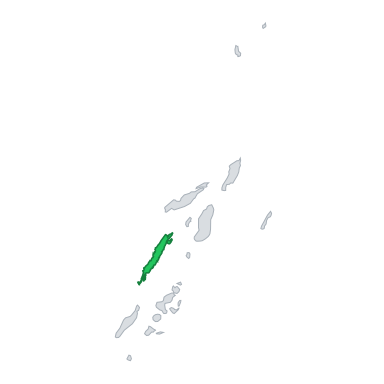 location of Isabel within Solomon Islands, rotated 269°
{"feature_id": "SLB-1264", "entity_name": "Isabel", "entity_type": "Province", "adm_level": 1, "iso_a3": "SLB", "parent_name": "Solomon Islands", "parent_adm1": "", "projection": "orthographic", "projection_center": [158.985, -7.976], "detail": "fine", "context": "in_parent", "style": "filled", "palette": "green", "viewbox_px": 384, "rotation_deg": 269, "n_neighbors": 0, "source": "natural_earth", "source_scale": "10m", "svg_char_len": 7436}
<svg xmlns="http://www.w3.org/2000/svg" viewBox="0 0 384 384"><g transform="rotate(269 192 192)"><path d="M147.0,193.5L153.6,198.4L156.4,197.9L165.1,198.1L170.2,201.6L173.2,203.2L174.8,206.3L176.9,207.0L178.2,208.6L178.9,211.5L175.7,213.0L173.8,213.5L168.8,212.4L164.0,210.2L154.5,209.9L150.0,209.2L148.5,208.4L147.1,207.3L144.9,204.5L143.1,201.4L142.8,199.5L142.7,195.9L143.2,194.7L145.1,193.4L147.0,193.5ZM177.1,164.5L184.5,173.5L184.2,175.2L183.1,176.2L182.8,179.2L183.8,180.4L185.8,180.9L189.2,184.2L190.7,189.4L192.1,191.2L192.2,195.0L195.4,200.3L195.7,202.8L195.4,204.0L194.0,203.3L190.1,197.3L185.7,194.7L185.2,193.6L180.7,190.1L177.6,184.2L174.4,173.8L176.0,171.3L172.3,166.2L172.5,164.9L175.1,165.1L175.6,164.5L177.1,164.5ZM150.0,168.9L150.9,171.8L146.9,169.2L143.9,166.1L135.1,162.7L133.3,161.0L131.7,160.8L127.2,158.0L122.8,156.0L119.4,152.6L117.8,152.0L115.0,149.3L112.4,147.5L111.4,144.2L108.8,142.0L108.2,141.0L116.5,142.8L120.4,146.4L123.7,148.4L124.8,149.9L127.8,151.9L130.4,152.1L133.1,154.1L135.5,154.6L137.5,155.7L149.8,164.8L148.3,167.2L150.0,168.9ZM205.6,227.6L209.3,229.4L211.5,229.1L214.7,230.4L217.2,229.7L218.7,231.3L222.5,237.5L222.5,239.5L225.1,240.9L222.9,241.2L219.9,240.4L217.6,240.9L215.2,239.7L211.2,239.1L207.6,237.6L200.2,233.0L200.3,230.7L199.1,229.6L198.8,226.7L196.1,225.8L193.0,225.7L192.8,224.3L193.4,221.9L195.7,222.0L198.5,223.0L205.6,227.6ZM78.9,134.6L79.9,135.6L77.5,137.5L74.5,136.5L73.7,134.9L71.6,135.3L67.3,134.4L61.3,130.1L55.0,121.9L49.0,117.4L47.8,116.0L47.7,113.7L48.5,112.8L52.2,113.7L57.1,117.5L65.1,121.3L67.3,123.3L68.7,128.0L70.0,129.4L74.4,133.1L78.9,134.6ZM87.3,162.2L89.2,164.7L91.4,170.2L91.0,172.1L89.5,172.3L89.0,173.5L86.9,170.8L84.1,170.1L82.1,168.4L81.1,163.1L79.5,162.7L74.9,163.3L73.5,165.0L71.4,164.5L70.9,162.9L71.2,161.4L74.0,159.8L74.6,157.8L77.4,154.4L79.1,153.9L82.3,155.1L82.8,159.9L83.9,161.5L87.3,162.2ZM171.3,270.2L169.3,271.2L167.4,270.7L165.9,269.9L164.8,267.5L162.3,266.1L158.7,265.5L156.8,264.0L154.3,263.5L153.6,262.2L153.8,260.9L154.3,260.2L156.6,260.9L167.6,267.1L171.3,270.2ZM54.9,152.7L54.4,153.1L53.4,151.5L52.6,150.9L52.6,149.1L49.6,146.2L49.3,144.1L51.1,142.1L53.4,143.2L55.8,145.8L58.6,146.6L58.0,148.2L55.5,151.3L54.9,152.7ZM70.1,157.4L68.9,158.7L65.6,158.5L63.1,155.4L63.1,153.1L65.0,150.9L67.4,150.6L68.7,151.4L69.9,153.1L70.4,155.4L70.1,157.4ZM97.7,175.6L94.8,178.0L92.6,177.2L90.8,175.2L91.7,172.0L93.5,171.4L94.4,170.3L97.6,171.1L98.4,171.7L96.5,173.3L97.6,174.5L97.7,175.6ZM336.8,240.4L331.9,241.0L329.9,243.1L327.4,242.8L326.6,241.0L326.6,240.2L328.0,240.3L328.7,238.6L330.2,237.7L333.6,237.4L337.7,238.4L336.7,240.0L336.8,240.4ZM200.8,204.4L200.9,208.8L198.7,206.4L197.6,207.2L196.6,206.1L196.9,201.0L195.3,196.1L196.6,196.6L200.8,204.4ZM76.1,176.6L76.1,177.0L74.5,176.2L70.8,172.1L71.4,170.7L74.8,168.0L75.8,167.7L76.8,169.3L75.9,171.8L74.8,172.4L74.4,174.7L76.1,176.6ZM159.5,185.1L162.1,185.5L166.7,189.5L165.6,190.8L163.5,190.1L162.7,190.4L162.1,189.0L159.7,187.8L157.6,187.7L157.4,186.3L159.5,185.1ZM130.1,188.9L126.6,188.5L125.6,187.5L126.8,186.0L128.4,185.0L129.8,185.9L131.3,186.1L131.5,188.0L130.1,188.9ZM29.3,127.7L26.3,128.5L24.4,127.5L25.2,125.2L26.2,124.0L30.0,126.1L29.3,127.7ZM145.1,170.3L143.7,170.7L141.6,169.5L140.7,168.5L141.1,166.9L142.4,166.4L143.8,167.4L143.9,168.5L145.1,170.3ZM359.6,268.3L357.0,268.8L356.0,268.6L354.3,266.0L355.6,265.4L357.5,265.7L358.0,267.2L359.6,268.3ZM83.8,177.9L83.8,179.0L82.0,178.7L78.2,177.1L78.1,176.3L80.2,176.1L81.8,176.3L83.8,177.9ZM52.7,157.9L52.1,161.0L50.5,157.2L50.8,154.1L51.4,153.8L52.7,157.9ZM102.1,179.0L99.8,179.9L99.1,178.7L100.8,175.4L102.1,179.0Z" fill="#d9dde1" stroke="#a8b0b8" stroke-width="1"/><path d="M150.3,170.4L151.2,171.1L151.5,171.6L151.1,171.9L150.9,171.9L149.9,171.3L149.4,171.3L149.1,171.1L149.1,170.9L148.4,170.5L148.1,170.0L147.5,169.8L147.3,169.6L146.8,169.0L145.9,168.3L145.6,168.0L145.5,167.7L145.6,167.4L145.5,167.2L145.1,167.1L144.7,166.9L143.3,165.7L140.8,165.2L139.8,164.5L139.0,164.2L138.3,163.6L137.9,163.4L137.3,163.2L136.9,163.4L135.9,162.8L135.4,162.6L134.9,162.8L134.6,162.1L134.3,161.7L133.9,161.5L133.5,161.5L133.1,161.3L132.9,161.1L132.8,160.7L132.2,160.9L131.5,160.8L130.9,160.4L128.1,158.4L127.9,158.3L127.4,158.4L127.1,158.2L127.1,157.9L127.1,157.7L126.8,157.5L126.7,157.6L126.4,157.8L125.6,157.3L125.4,157.3L125.0,157.4L124.8,157.3L124.7,156.8L124.6,156.7L124.2,156.6L123.8,156.3L123.8,155.9L123.6,156.0L122.9,156.3L122.9,155.7L122.6,155.2L122.2,154.9L121.6,154.8L119.8,154.0L119.7,152.8L119.4,152.3L118.9,152.5L118.0,152.2L117.6,152.0L117.8,151.5L117.5,151.1L117.2,150.9L116.6,151.3L116.3,150.9L115.9,149.8L115.6,149.4L115.1,149.1L114.6,148.9L114.1,149.0L113.8,148.5L112.5,147.8L112.0,147.4L111.9,146.9L111.9,146.6L111.9,146.3L112.0,146.0L112.0,144.8L109.6,142.8L108.1,142.0L107.8,141.5L107.8,141.0L108.0,140.6L108.5,140.7L109.1,141.1L112.1,142.1L112.3,142.2L112.6,142.2L112.9,141.9L113.2,141.6L113.6,141.7L113.8,141.6L114.1,141.5L114.3,142.1L114.7,142.5L115.9,143.0L116.0,142.8L116.2,142.6L116.5,142.4L117.0,142.5L117.2,142.8L117.3,143.1L117.5,143.5L118.1,144.1L118.4,144.3L118.7,144.4L118.9,144.6L119.4,145.5L119.9,145.8L120.4,146.5L120.6,146.7L121.0,147.0L122.1,147.3L122.6,147.7L123.5,148.5L124.2,148.8L123.9,149.4L124.1,149.9L124.6,150.2L125.0,150.1L126.2,150.6L126.6,150.8L126.8,151.2L126.9,151.6L127.1,151.9L127.5,151.7L128.3,152.4L129.0,152.0L129.5,151.9L130.1,152.0L130.8,152.1L130.4,152.3L130.5,152.6L130.8,152.9L131.1,153.0L131.6,153.0L131.9,153.2L132.0,153.4L132.2,153.8L132.7,153.4L133.0,153.7L133.2,154.2L133.6,154.4L134.5,154.5L134.9,154.4L135.1,154.0L135.7,154.3L135.9,154.4L136.1,154.6L136.6,154.3L136.9,154.6L137.2,155.3L137.5,155.8L138.0,156.2L138.8,156.6L139.2,156.9L139.3,157.0L139.6,157.1L139.8,157.5L141.2,158.7L144.0,160.3L149.8,164.7L149.9,165.0L149.3,165.7L148.7,166.6L148.4,166.7L148.2,166.6L147.8,166.5L147.5,166.5L147.2,166.7L147.3,166.9L147.7,167.2L148.0,167.8L148.3,167.8L148.5,167.6L148.8,167.3L149.1,167.6L150.0,168.9L150.2,169.3L150.3,169.8L150.3,170.4ZM145.2,170.3L145.5,170.6L145.5,170.8L145.2,171.1L144.9,171.2L144.6,171.3L144.3,171.2L143.9,171.1L143.6,170.9L143.4,170.7L142.9,170.3L142.6,169.7L142.3,169.6L141.9,169.9L141.5,169.4L141.0,169.1L140.7,168.8L140.6,168.0L140.9,167.2L141.3,166.7L141.9,166.4L142.7,166.3L143.6,166.5L143.8,167.0L143.7,168.4L143.9,169.1L144.3,169.5L145.2,170.3ZM109.0,143.0L109.5,143.2L109.9,143.6L110.2,144.1L110.1,144.4L109.7,144.5L109.2,144.2L108.9,143.8L108.7,143.4L108.4,143.8L107.8,143.7L106.6,143.0L106.7,143.3L107.1,144.0L106.8,144.0L106.0,143.8L105.3,143.8L105.3,143.6L105.2,143.2L104.9,142.8L104.3,142.6L104.1,142.5L104.0,142.3L103.9,142.1L104.0,142.0L104.3,142.0L104.8,142.1L105.0,142.1L105.3,142.3L105.5,142.2L105.3,141.9L105.3,141.7L105.5,141.5L105.8,141.5L106.0,141.7L106.4,141.9L107.1,142.1L107.5,142.5L108.0,142.8L108.5,142.9L109.0,143.0ZM105.4,141.1L105.1,140.8L104.9,140.5L104.5,140.2L103.6,140.0L103.0,139.5L102.6,139.5L102.4,139.3L102.3,138.9L102.5,138.6L103.0,138.8L103.3,138.9L103.6,139.1L103.7,139.5L104.1,139.3L104.5,139.5L105.2,140.1L105.6,139.8L106.2,139.8L106.9,140.1L107.5,140.5L107.2,140.6L107.0,140.8L106.9,141.1L107.1,141.5L105.7,141.2L105.4,141.1ZM102.9,137.0L102.7,137.5L102.7,137.9L102.7,138.2L102.2,137.9L101.9,138.8L101.5,138.5L101.2,138.1L100.9,137.8L100.2,137.8L100.2,137.6L100.6,137.2L100.8,137.2L101.1,137.2L101.9,136.5L102.5,136.3L102.5,137.1L102.8,137.0L102.9,137.0Z" fill="#22c55e" stroke="#15803d" stroke-width="1.5"/></g></svg>